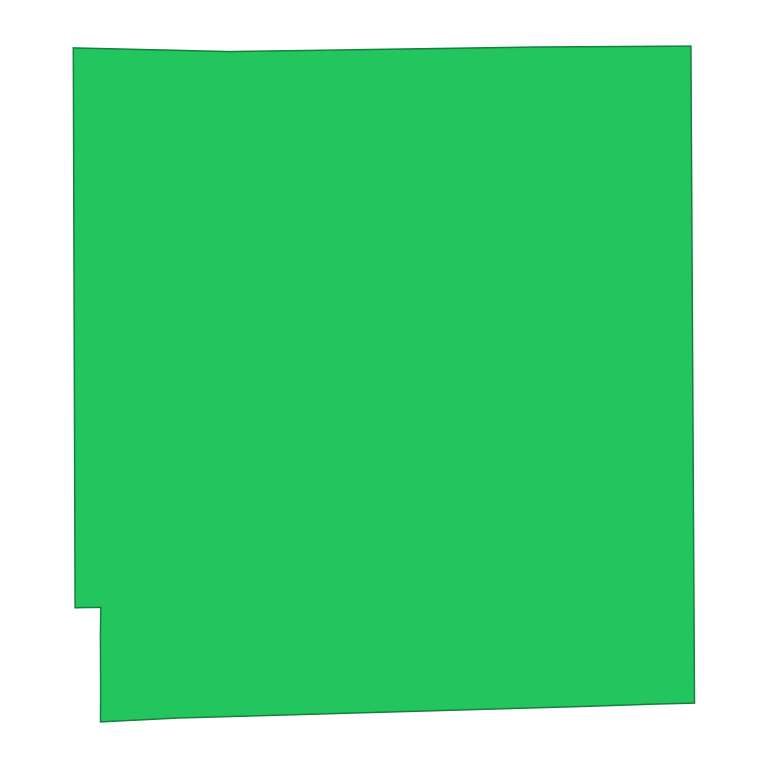 outline of Hillsdale, Michigan, United States of America
{"feature_id": "52423323B70338109854849", "entity_name": "Hillsdale", "entity_type": "district", "adm_level": 2, "iso_a3": "USA", "parent_name": "United States of America", "parent_adm1": "Michigan", "projection": "mercator", "projection_center": [-84.638, 41.885], "detail": "fine", "context": "isolated", "style": "filled", "palette": "green", "viewbox_px": 768, "rotation_deg": 0, "n_neighbors": 0, "source": "geoboundaries", "source_scale": "gbopen_adm2", "svg_char_len": 353}
<svg xmlns="http://www.w3.org/2000/svg" viewBox="0 0 768 768"><path d="M642.5,704.5L646.5,704.3L694.5,703.1L690.9,46.1L538.0,47.0L229.2,51.6L73.3,47.9L75.1,607.8L83.4,607.6L100.8,607.4L100.4,637.9L100.5,647.8L100.5,656.2L100.6,678.2L100.6,701.6L100.5,721.9L175.3,718.1L591.2,706.2L642.5,704.5Z" fill="#22c55e" stroke="#15803d" stroke-width="1.5"/></svg>